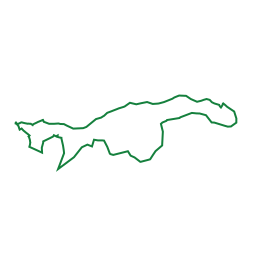 Oyigbo, Rivers, Nigeria, rotated 344°
{"feature_id": "59680162B52775693188226", "entity_name": "Oyigbo", "entity_type": "district", "adm_level": 2, "iso_a3": "NGA", "parent_name": "Nigeria", "parent_adm1": "Rivers", "projection": "mercator", "projection_center": [7.218, 4.833], "detail": "fine", "context": "isolated", "style": "outline", "palette": "green", "viewbox_px": 256, "rotation_deg": 344, "n_neighbors": 0, "source": "geoboundaries", "source_scale": "gbopen_adm2", "svg_char_len": 2874}
<svg xmlns="http://www.w3.org/2000/svg" viewBox="0 0 256 256"><g transform="rotate(344 128 128)"><path d="M140.6,164.2L141.0,163.9L144.3,161.0L148.1,157.8L151.2,156.4L156.0,154.2L160.5,141.1L160.8,133.1L162.6,132.2L166.9,131.7L167.7,131.1L180.3,132.6L181.2,132.1L181.6,132.1L193.5,131.1L198.3,133.0L200.7,133.7L206.5,137.2L209.9,145.7L212.5,146.6L221.7,152.6L224.3,154.2L227.4,154.9L233.6,152.7L234.8,148.7L234.6,141.4L229.1,134.9L227.9,132.9L226.3,130.6L225.9,130.8L225.4,131.7L224.5,132.6L223.0,133.9L222.3,132.5L222.0,130.9L217.8,128.2L215.8,126.4L215.7,126.3L214.3,123.5L211.5,121.8L208.5,121.8L205.9,122.0L201.6,121.8L196.4,117.5L192.7,113.1L186.1,110.9L183.9,111.1L181.2,111.4L180.3,111.6L178.8,112.1L169.7,113.0L164.2,112.9L162.6,112.6L158.4,111.7L157.4,111.0L153.5,108.3L148.8,107.9L147.6,107.8L144.2,107.6L142.5,107.5L140.0,106.1L136.8,104.3L130.7,106.4L129.5,106.5L124.1,106.6L123.7,106.7L118.1,107.2L117.3,107.3L112.2,107.7L108.3,109.7L107.3,109.9L105.0,110.6L99.7,110.6L88.3,115.5L84.9,115.8L75.2,113.5L69.8,108.8L67.5,106.6L64.1,105.5L62.4,104.5L57.7,103.5L56.1,103.0L54.7,102.6L53.3,102.2L50.1,99.8L48.8,98.9L48.4,96.0L48.1,96.9L47.6,97.1L47.0,97.0L46.6,97.0L45.9,97.1L45.4,97.1L44.8,97.2L44.2,97.3L43.4,97.3L43.1,97.4L40.9,97.8L39.6,98.0L37.8,98.3L37.6,98.5L37.2,98.9L36.9,98.5L36.4,98.0L36.0,97.6L35.9,97.4L35.8,97.2L35.6,97.1L35.1,96.9L34.6,96.8L34.0,96.6L33.6,96.4L33.1,96.2L32.6,96.2L32.2,96.0L31.9,95.8L30.7,95.2L30.1,94.9L29.8,94.7L29.4,94.5L28.9,94.2L28.5,94.0L28.1,93.7L27.7,93.5L27.3,93.3L27.1,93.2L26.9,93.2L26.7,93.2L25.2,93.5L23.8,93.7L23.1,93.8L23.0,93.7L22.9,93.5L22.7,93.4L22.4,93.3L22.2,93.0L22.1,92.6L21.9,92.2L21.8,91.8L21.7,91.8L21.3,92.3L21.2,92.7L21.5,92.9L21.8,93.0L22.0,93.3L22.4,94.1L22.7,94.7L22.9,95.2L23.0,95.5L23.2,95.9L23.3,96.1L23.3,96.5L23.3,97.1L23.3,98.2L23.4,99.7L23.8,99.6L25.6,99.2L26.0,100.0L26.3,100.7L26.5,101.0L26.9,101.8L27.8,103.0L28.0,103.4L30.1,106.3L30.7,107.2L31.3,108.1L30.2,108.8L30.3,108.9L30.4,109.2L30.4,109.5L30.3,110.1L30.4,110.6L30.4,111.0L30.4,111.7L30.4,112.2L30.4,112.5L30.3,113.2L30.2,113.8L30.1,114.3L30.1,115.0L29.9,115.3L29.6,116.0L29.2,116.9L29.0,117.3L28.0,118.9L34.2,124.2L38.6,128.0L39.7,123.2L41.9,119.6L42.4,118.8L42.8,117.5L48.0,116.6L50.3,116.2L52.4,115.8L53.0,115.7L53.3,115.6L53.7,115.5L54.0,115.3L54.3,115.0L54.6,114.7L54.8,114.5L55.6,115.3L56.0,115.8L56.3,115.9L56.4,116.0L56.6,116.0L56.9,116.0L57.5,116.0L58.3,115.8L58.2,116.1L58.1,116.5L57.7,117.1L58.1,117.3L58.7,117.7L59.0,117.9L59.7,118.3L60.2,118.5L61.0,119.0L61.3,119.1L61.1,120.0L60.7,127.0L60.1,131.7L59.6,134.6L49.5,148.2L68.0,141.2L78.3,133.8L84.4,132.8L88.3,135.8L92.1,129.9L95.6,131.6L99.8,132.8L101.5,133.5L102.9,140.5L103.4,146.6L103.5,147.7L104.3,148.5L104.5,148.6L106.4,149.8L121.5,150.3L122.9,155.3L126.2,158.1L130.5,163.9L130.8,164.0L138.9,164.2L140.6,164.2Z" fill="none" stroke="#15803d" stroke-width="2"/></g></svg>